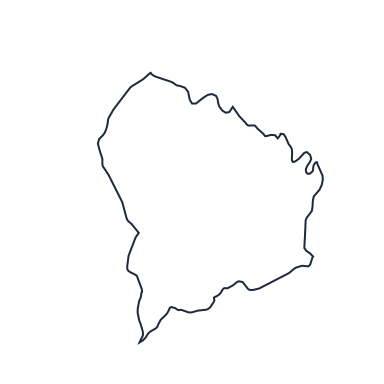 the Province of Kunduz, rotated 59°
{"feature_id": "AFG-1763", "entity_name": "Kunduz", "entity_type": "Province", "adm_level": 1, "iso_a3": "AFG", "parent_name": "Afghanistan", "parent_adm1": "", "projection": "orthographic", "projection_center": [68.869, 36.818], "detail": "fine", "context": "isolated", "style": "outline", "palette": "slate", "viewbox_px": 384, "rotation_deg": 59, "n_neighbors": 0, "source": "natural_earth", "source_scale": "10m", "svg_char_len": 2621}
<svg xmlns="http://www.w3.org/2000/svg" viewBox="0 0 384 384"><g transform="rotate(59 192 192)"><path d="M297.9,124.6L301.7,124.2L305.4,122.4L309.7,121.4L310.0,122.3L315.2,128.2L315.4,129.3L315.6,130.7L312.1,135.4L311.7,136.3L310.4,141.7L310.4,143.9L310.7,146.2L311.3,149.3L311.4,151.2L309.3,184.3L307.1,190.9L305.1,193.4L304.4,193.8L303.9,193.9L295.2,195.0L292.7,197.8L292.5,198.7L292.4,200.3L293.1,205.1L292.9,210.1L292.6,211.6L291.4,213.2L291.1,213.7L291.0,214.4L291.2,215.4L291.3,215.8L293.0,218.8L293.8,221.0L294.0,222.9L294.0,224.7L293.7,226.7L293.9,227.6L294.6,228.1L295.5,228.2L295.9,228.3L296.4,228.7L296.9,229.2L298.1,231.2L300.3,236.0L300.5,238.2L300.3,240.2L296.7,248.1L295.3,253.4L294.7,255.0L293.9,256.2L293.1,257.2L287.8,261.6L287.3,262.3L286.9,262.9L286.7,263.6L286.5,264.1L286.0,264.6L285.2,265.2L283.0,266.1L280.0,268.9L279.9,269.7L279.9,270.7L281.5,272.9L283.4,276.2L285.5,284.8L287.9,288.8L289.6,291.0L290.2,292.8L290.3,294.9L290.1,297.2L290.2,300.4L290.9,302.8L292.7,306.3L293.5,308.8L293.9,310.6L293.9,314.4L291.3,310.6L290.6,309.3L289.7,308.0L288.2,307.0L285.8,305.9L278.6,304.0L275.2,303.5L267.5,300.8L263.8,298.4L258.4,293.6L256.1,290.5L254.8,289.2L252.5,287.4L252.3,287.1L252.1,286.7L251.9,286.2L249.6,285.1L240.5,283.4L235.9,282.5L234.9,282.7L233.9,283.1L228.6,286.4L227.2,287.0L226.0,287.3L224.2,286.9L222.2,285.7L213.9,279.1L202.0,263.9L199.6,258.7L188.0,260.3L184.9,261.5L183.0,261.8L180.8,261.6L164.8,257.0L134.0,254.7L123.9,255.2L122.2,254.6L117.5,251.8L108.3,249.6L102.2,247.8L98.8,244.4L97.4,238.8L96.2,236.2L93.6,232.7L89.9,229.1L86.9,226.8L85.7,225.5L80.7,216.5L70.8,191.5L70.4,189.6L70.2,176.0L68.4,166.3L68.5,166.0L70.0,166.0L72.2,165.1L74.2,163.9L86.7,153.2L89.0,151.8L92.5,150.3L95.5,147.2L99.0,144.4L104.0,143.7L111.7,146.4L116.2,146.4L118.2,143.1L117.0,133.2L116.9,128.4L118.3,124.5L121.9,121.9L125.5,122.2L129.1,123.7L132.8,124.6L137.7,124.1L141.4,122.3L142.7,118.8L140.0,113.2L151.6,112.4L160.6,110.4L162.5,110.3L164.2,109.3L166.8,104.7L167.7,103.7L171.5,103.2L178.5,101.0L181.9,100.5L182.6,98.8L183.7,95.0L186.0,91.6L190.2,90.9L189.1,88.1L188.6,87.0L187.7,86.1L189.8,83.6L193.2,83.5L200.5,84.5L204.3,84.1L206.8,84.4L209.0,85.4L215.9,89.9L218.2,90.1L219.0,87.8L218.5,82.8L216.3,75.7L216.9,73.0L221.1,71.7L225.0,72.7L227.1,75.7L228.8,79.5L231.2,82.8L233.9,84.0L236.0,83.5L237.0,81.4L236.4,78.0L235.5,77.0L232.5,74.7L231.2,73.2L230.3,70.4L230.8,69.6L231.9,69.8L232.5,70.1L245.3,71.7L249.0,73.7L252.8,77.2L255.7,81.4L258.5,89.9L262.2,93.3L266.5,96.1L269.9,99.0L273.3,107.3L275.0,109.3L279.2,112.1L280.1,112.6L297.9,124.6Z" fill="none" stroke="#1e293b" stroke-width="2"/></g></svg>